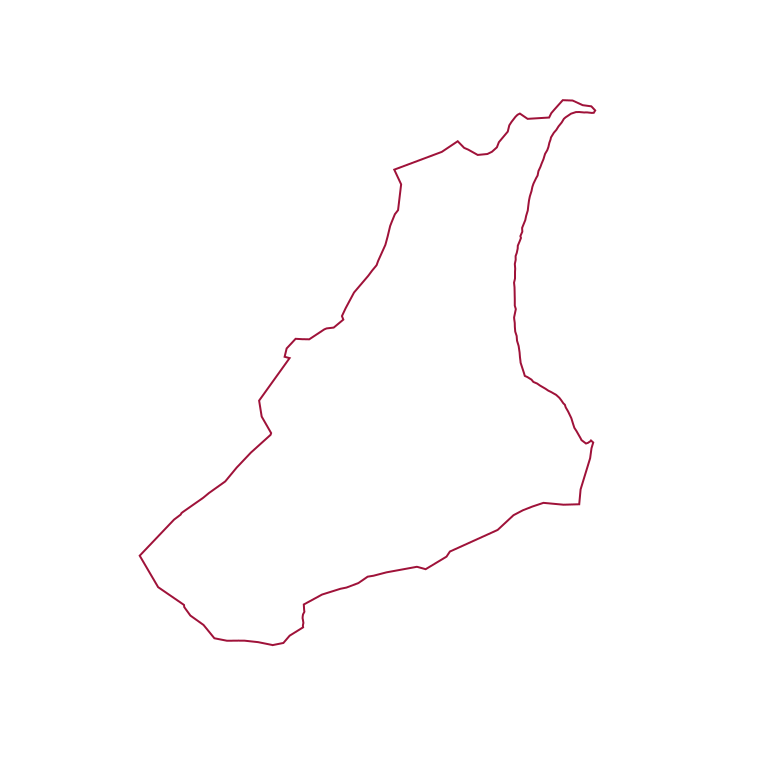 outline of Konshisha, Benue, Nigeria, rotated 252°
{"feature_id": "59680162B50777093344409", "entity_name": "Konshisha", "entity_type": "district", "adm_level": 2, "iso_a3": "NGA", "parent_name": "Nigeria", "parent_adm1": "Benue", "projection": "robinson", "projection_center": [8.769, 7.045], "detail": "fine", "context": "isolated", "style": "outline", "palette": "rose", "viewbox_px": 768, "rotation_deg": 252, "n_neighbors": 0, "source": "geoboundaries", "source_scale": "gbopen_adm2", "svg_char_len": 2817}
<svg xmlns="http://www.w3.org/2000/svg" viewBox="0 0 768 768"><g transform="rotate(252 384 384)"><path d="M406.8,260.1L390.8,257.6L372.2,261.5L370.7,260.4L359.9,236.2L350.0,218.0L340.4,202.9L334.4,183.8L331.7,177.0L324.4,153.1L323.8,151.5L322.6,150.2L319.9,142.4L296.2,98.6L260.6,106.4L235.7,125.5L233.5,125.1L223.6,128.3L210.6,137.9L194.6,144.1L188.3,155.4L184.9,166.3L183.0,172.0L177.4,184.5L170.3,197.1L170.1,197.3L168.8,208.3L173.8,216.5L177.6,231.9L179.0,232.1L180.1,232.6L181.0,233.1L181.6,233.5L182.2,233.6L184.7,234.0L186.5,234.2L188.4,235.0L189.9,235.8L192.0,237.9L193.7,238.2L199.1,239.6L202.9,260.0L202.8,269.6L202.7,279.3L202.0,285.4L202.6,298.1L205.8,308.9L204.9,314.8L204.1,328.2L200.0,358.7L199.7,359.3L195.0,366.4L200.5,390.1L204.3,394.9L210.1,447.0L219.2,466.6L221.0,477.1L221.6,487.2L221.7,498.9L213.7,517.5L209.3,532.5L223.0,538.4L249.7,557.1L258.8,561.5L263.7,564.9L266.3,563.4L265.9,562.9L265.0,559.8L265.0,557.7L269.6,554.5L271.6,554.2L279.8,552.5L283.5,551.5L287.6,551.5L288.1,551.5L293.6,551.6L301.0,550.6L305.6,549.6L308.4,549.6L310.2,548.6L313.9,547.5L316.7,546.5L319.7,544.8L320.4,544.4L325.0,540.2L326.9,538.2L329.6,536.1L334.3,531.9L335.9,530.7L337.1,529.8L339.8,526.7L342.6,525.6L346.3,522.5L348.2,520.4L350.9,520.5L357.4,520.5L362.0,520.5L363.8,520.9L367.5,521.6L372.1,522.7L378.6,523.8L384.1,523.9L388.7,525.0L393.3,525.0L397.9,526.1L401.6,527.2L403.7,527.6L405.0,527.8L407.1,528.3L410.8,530.4L414.5,532.5L418.1,532.6L424.6,534.7L428.3,535.8L431.9,536.9L435.6,538.0L440.2,539.0L442.5,540.4L443.9,541.2L450.3,543.3L453.1,544.4L457.7,545.5L461.4,547.6L465.0,548.7L467.7,550.8L471.5,553.0L474.2,554.0L477.9,557.2L480.6,559.4L482.5,559.4L486.1,562.6L489.8,563.6L496.2,569.0L499.9,571.1L502.8,573.1L504.5,574.3L509.1,576.4L513.7,578.6L517.4,580.7L521.9,583.9L525.6,586.0L528.4,588.1L530.5,590.1L532.9,592.4L534.8,594.5L538.8,596.7L542.1,599.8L544.9,602.0L548.5,605.1L553.1,608.3L555.9,611.5L558.6,613.6L562.3,615.8L565.0,617.9L566.9,619.0L568.7,621.1L570.5,623.2L572.4,626.4L575.1,629.6L577.8,633.8L580.6,637.0L581.5,639.1L582.4,642.3L583.3,645.4L583.3,648.6L583.3,650.7L582.3,653.8L580.5,658.0L579.5,661.2L577.6,665.4L577.1,667.3L578.9,669.4L584.0,667.0L587.8,659.1L595.3,651.0L598.7,641.7L592.4,630.9L589.9,626.8L586.4,623.4L591.8,602.5L599.2,596.8L598.8,594.2L597.5,591.6L593.9,586.3L591.3,583.1L585.8,579.7L578.5,568.0L574.2,564.5L571.5,558.4L570.8,553.4L572.9,543.9L580.9,536.5L583.8,533.2L592.1,529.1L586.9,510.7L584.7,460.0L568.6,462.0L545.0,451.1L542.1,446.8L535.7,441.4L532.4,438.7L523.1,433.0L515.9,428.3L502.8,416.4L499.3,413.7L495.5,407.7L491.8,402.5L480.3,383.8L467.9,370.9L461.6,365.0L457.8,365.2L453.2,353.6L454.6,346.6L454.4,344.1L449.6,326.7L452.0,319.8L454.3,313.9L447.9,302.4L440.6,297.9L437.8,302.2L406.8,260.1Z" fill="none" stroke="#9f1239" stroke-width="2"/></g></svg>